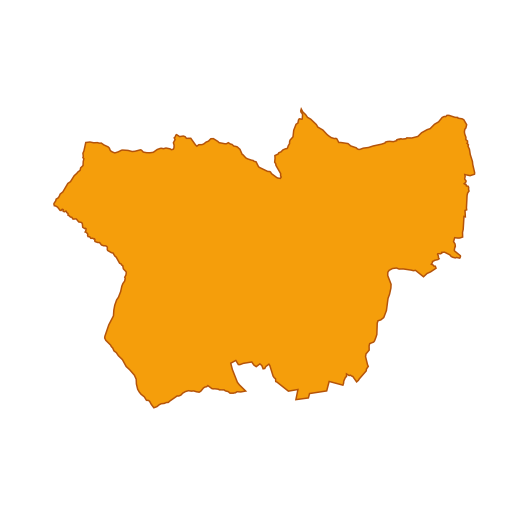 the district of Cislau, Buzau, Romania, rotated 97°
{"feature_id": "2599482B87783009724517", "entity_name": "Cislau", "entity_type": "district", "adm_level": 2, "iso_a3": "ROU", "parent_name": "Romania", "parent_adm1": "Buzau", "projection": "orthographic", "projection_center": [26.377, 45.21], "detail": "fine", "context": "isolated", "style": "filled", "palette": "amber", "viewbox_px": 512, "rotation_deg": 97, "n_neighbors": 0, "source": "geoboundaries", "source_scale": "gbopen_adm2", "svg_char_len": 6047}
<svg xmlns="http://www.w3.org/2000/svg" viewBox="0 0 512 512"><g transform="rotate(97 256 256)"><path d="M354.1,396.2L355.8,396.2L358.0,394.8L362.2,389.4L363.5,388.6L364.8,387.0L367.5,385.4L368.9,382.9L371.7,380.5L375.2,375.9L381.5,371.4L384.3,367.5L389.1,362.2L392.9,359.9L397.6,359.1L402.7,357.2L405.2,355.3L407.2,353.3L409.4,349.7L412.4,347.3L412.6,346.8L412.4,345.4L413.1,344.0L416.1,341.8L419.1,338.9L417.6,336.0L415.4,333.9L414.2,332.1L413.5,329.1L412.4,327.2L412.0,325.2L410.5,323.9L404.5,317.2L404.4,315.7L403.6,314.2L402.8,313.2L401.2,312.2L399.2,309.6L397.9,306.6L398.0,303.7L397.5,301.4L398.0,298.6L398.1,295.8L396.9,294.3L393.3,292.0L392.3,290.7L391.7,289.0L390.5,288.0L393.0,283.6L393.1,282.4L392.8,280.6L392.8,277.1L393.3,276.1L392.8,271.3L393.6,270.0L394.0,267.0L395.3,265.1L394.9,261.6L394.6,261.1L394.3,259.8L393.0,258.3L392.8,254.6L391.3,249.8L386.0,256.7L383.6,259.1L371.6,265.6L365.5,268.0L362.1,263.3L365.9,260.3L365.8,258.8L364.1,255.5L361.7,247.3L364.5,244.8L365.8,242.3L362.6,239.0L364.0,236.9L367.1,235.2L366.6,233.6L364.5,232.8L362.5,230.7L361.8,230.0L362.9,229.0L373.1,224.4L374.7,223.0L375.4,221.7L378.2,221.1L378.6,219.8L386.2,207.4L383.4,198.1L393.7,198.9L390.5,186.7L386.0,186.1L381.3,169.4L371.6,168.1L373.6,154.0L371.7,153.6L369.3,153.6L365.4,152.4L364.7,151.5L362.0,151.8L363.3,149.0L362.8,147.6L363.4,146.7L363.8,145.2L368.7,140.8L366.9,139.2L365.5,138.6L356.6,132.6L354.7,132.6L351.9,131.1L350.2,132.1L342.5,135.0L339.8,134.9L335.6,132.2L331.4,132.8L329.1,132.5L327.1,128.8L325.8,128.0L322.2,127.1L319.2,126.5L307.8,127.5L305.4,127.0L304.2,124.3L301.5,121.7L294.2,119.9L282.0,119.8L277.7,118.8L271.4,118.2L267.6,118.5L259.3,122.9L256.1,123.2L254.0,122.1L251.8,119.0L250.8,115.1L251.5,112.4L250.9,108.1L251.1,100.1L251.4,98.0L250.8,95.9L256.2,87.2L252.5,84.1L250.5,80.8L246.2,75.8L244.3,76.8L244.3,78.3L243.4,79.1L242.8,81.0L241.1,80.1L239.9,80.2L239.1,78.7L238.6,78.4L237.4,75.1L236.4,73.9L235.4,74.7L233.8,75.0L232.2,76.0L231.7,75.9L231.3,74.5L231.4,73.4L230.6,72.0L229.8,72.2L229.2,69.4L231.2,63.8L232.7,62.2L233.3,60.5L233.6,57.9L233.0,56.7L233.3,53.6L233.0,53.3L231.4,53.0L230.8,53.2L226.8,59.5L226.2,59.9L222.8,59.7L222.6,59.3L221.2,59.5L219.7,60.0L217.7,61.7L213.6,61.0L213.6,57.8L213.3,55.9L212.0,53.2L207.4,53.9L204.2,53.6L191.4,54.4L191.6,53.0L185.3,54.1L184.5,52.5L182.6,53.0L170.1,53.9L167.6,53.6L165.6,52.5L164.0,53.1L161.9,53.3L160.9,54.0L160.8,55.7L159.4,56.3L159.4,57.1L158.9,58.2L157.4,56.9L156.2,56.6L155.5,56.9L154.6,58.0L153.7,58.3L151.5,58.1L149.7,58.7L150.2,53.3L148.2,49.1L146.8,49.1L138.8,52.0L135.8,52.7L129.2,55.7L124.0,57.2L121.1,59.0L119.8,58.7L118.4,60.3L118.0,59.8L116.1,60.1L114.9,61.9L112.6,62.1L109.5,63.7L107.4,64.3L104.8,64.2L103.4,63.3L100.0,62.9L95.4,66.4L94.7,68.2L94.6,72.2L93.9,72.7L94.1,75.3L92.9,81.6L93.1,83.6L94.5,84.7L94.6,86.2L95.8,88.1L100.6,91.1L103.5,94.9L108.4,98.7L109.7,101.5L113.5,106.7L117.6,109.9L119.9,115.8L120.4,120.8L121.3,121.5L122.2,125.3L121.9,126.4L122.2,127.1L122.7,127.4L122.9,128.0L122.5,128.1L122.9,129.3L123.6,130.5L124.3,130.4L125.8,133.6L125.9,137.4L126.4,139.6L127.2,141.4L128.1,141.7L129.7,145.0L132.5,153.1L134.6,157.6L135.9,162.7L137.5,165.8L137.7,167.1L137.4,168.4L136.4,169.7L135.2,175.4L133.2,178.4L133.0,185.6L133.2,187.7L129.9,190.0L129.5,191.0L129.9,192.5L129.3,195.8L127.8,198.7L126.6,200.5L122.8,205.0L120.5,210.4L118.2,212.1L113.5,218.4L112.1,221.8L109.6,224.0L107.3,227.1L104.6,229.0L106.6,229.3L108.0,228.7L108.9,227.6L110.1,227.0L114.4,226.8L114.7,227.3L114.5,229.3L114.6,229.8L115.8,230.4L118.9,230.6L120.4,232.3L126.6,233.9L133.2,233.8L136.8,236.3L138.5,236.6L140.4,236.4L142.6,237.4L145.0,237.9L145.6,238.4L146.0,239.8L147.4,242.2L149.7,244.0L150.7,245.9L152.1,246.5L154.0,249.5L156.8,249.0L160.6,248.9L162.0,247.7L163.7,247.2L171.2,241.6L173.6,241.3L174.5,240.6L176.0,241.3L176.0,243.8L175.6,245.0L172.4,250.6L170.9,251.8L170.5,252.7L170.6,254.8L167.6,263.6L166.9,264.5L162.5,267.4L162.2,269.6L161.5,270.6L161.5,271.8L160.6,276.2L159.9,278.0L157.1,281.3L156.7,282.2L152.1,284.9L150.0,287.9L149.7,289.3L149.6,291.4L148.1,293.6L148.1,294.8L146.9,297.3L148.1,298.9L148.4,300.2L148.0,306.4L146.9,307.9L144.7,312.6L145.1,315.1L147.8,317.2L149.0,319.4L151.3,321.7L152.1,323.4L152.5,326.3L154.2,328.1L153.2,329.5L147.1,335.1L147.7,339.4L146.2,340.9L145.8,342.7L146.8,346.4L145.2,349.6L145.8,350.3L147.6,350.7L148.7,351.6L150.3,350.5L153.7,351.8L155.9,350.8L158.6,350.6L160.2,351.2L160.8,353.0L160.1,354.4L159.8,358.5L160.8,361.0L160.6,362.8L160.8,364.0L162.3,367.0L165.6,370.6L166.5,374.0L166.8,377.2L166.6,380.5L164.9,382.6L164.7,383.7L166.8,388.9L167.4,391.6L166.8,395.9L167.1,401.4L167.4,402.4L169.4,405.4L170.9,408.7L170.3,411.1L169.4,413.0L168.7,413.7L166.8,414.7L165.7,416.1L164.3,420.5L162.8,423.3L163.1,425.3L162.8,427.3L163.4,430.8L163.1,434.7L164.1,438.8L172.7,439.6L175.1,440.3L178.1,439.6L179.5,439.8L180.4,438.7L183.3,439.0L187.3,438.7L189.9,440.8L192.4,441.0L194.3,443.0L195.9,444.0L198.4,446.2L204.8,449.2L206.9,451.6L215.9,455.5L218.4,457.9L220.9,458.6L222.6,459.6L223.9,461.3L225.6,461.5L228.4,462.9L229.2,462.9L230.7,462.3L230.7,461.2L231.6,459.0L234.6,456.0L234.6,455.0L233.5,454.4L233.2,453.7L233.5,453.0L234.7,453.1L235.2,452.7L235.4,451.3L234.7,450.3L234.7,449.8L236.0,449.1L236.7,447.8L238.5,447.5L238.8,446.3L239.9,445.0L240.0,443.6L241.7,442.1L241.1,439.3L241.3,438.7L243.8,436.1L243.9,433.8L244.2,433.0L245.2,432.3L248.6,431.5L249.7,429.3L249.3,428.6L249.7,428.0L251.1,427.9L253.0,428.5L253.2,427.3L254.8,425.6L255.9,425.7L257.2,425.1L257.2,423.4L258.6,422.1L258.3,420.1L258.9,419.0L258.6,418.4L259.5,417.8L260.7,417.9L261.3,417.4L261.9,414.6L261.7,412.9L263.9,410.7L264.4,408.5L264.2,406.6L264.7,405.3L265.4,404.6L267.7,404.4L268.6,403.9L270.3,400.0L270.5,398.2L273.2,396.2L274.2,394.6L279.8,390.5L280.2,389.1L281.3,388.3L281.8,387.1L284.9,386.1L287.4,383.1L288.5,382.7L290.8,382.8L293.1,383.7L294.0,383.1L296.9,383.3L299.4,384.7L302.3,385.5L307.8,386.0L313.7,387.5L316.6,389.0L322.1,390.2L327.0,390.5L332.8,390.2L342.2,393.7L354.1,396.2Z" fill="#f59e0b" stroke="#b45309" stroke-width="1.5"/></g></svg>